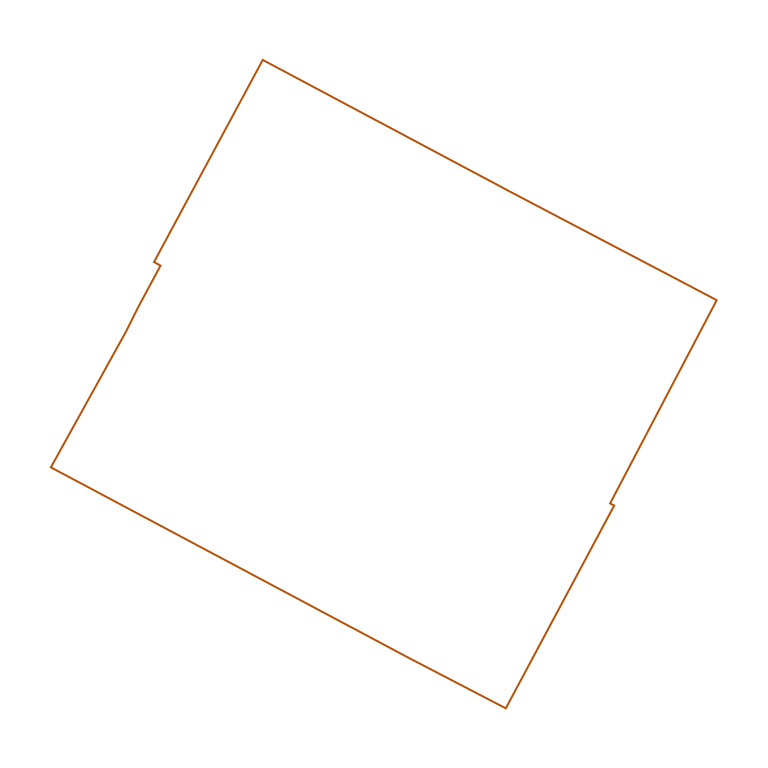 the district of Custer, Nebraska, United States of America, rotated 28°
{"feature_id": "52423323B7268339406067", "entity_name": "Custer", "entity_type": "district", "adm_level": 2, "iso_a3": "USA", "parent_name": "United States of America", "parent_adm1": "Nebraska", "projection": "orthographic", "projection_center": [-99.806, 41.394], "detail": "fine", "context": "isolated", "style": "outline", "palette": "amber", "viewbox_px": 768, "rotation_deg": 28, "n_neighbors": 0, "source": "geoboundaries", "source_scale": "gbopen_adm2", "svg_char_len": 345}
<svg xmlns="http://www.w3.org/2000/svg" viewBox="0 0 768 768"><g transform="rotate(28 384 384)"><path d="M124.8,154.8L123.7,384.3L131.1,384.4L130.9,431.6L131.6,459.4L129.0,614.0L135.9,614.0L534.7,614.2L643.8,613.2L644.3,383.3L639.7,383.3L638.4,153.9L633.5,153.8L403.7,155.0L124.8,154.8Z" fill="none" stroke="#b45309" stroke-width="2"/></g></svg>